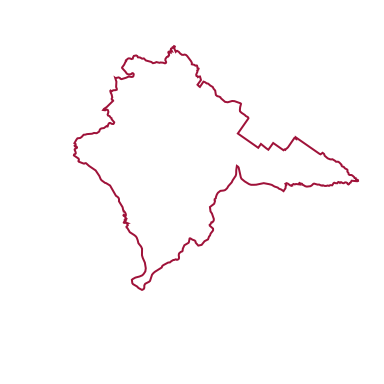 the district of Batang Hari, Jambi, Indonesia, rotated 305°
{"feature_id": "22746128B80000441774097", "entity_name": "Batang Hari", "entity_type": "district", "adm_level": 2, "iso_a3": "IDN", "parent_name": "Indonesia", "parent_adm1": "Jambi", "projection": "robinson", "projection_center": [103.186, -1.853], "detail": "fine", "context": "isolated", "style": "outline", "palette": "rose", "viewbox_px": 384, "rotation_deg": 305, "n_neighbors": 0, "source": "geoboundaries", "source_scale": "gbopen_adm2", "svg_char_len": 5972}
<svg xmlns="http://www.w3.org/2000/svg" viewBox="0 0 384 384"><g transform="rotate(305 192 192)"><path d="M299.0,276.5L296.6,275.7L296.4,274.7L296.3,245.9L295.2,246.8L295.1,244.9L283.8,245.0L282.1,244.7L281.2,244.3L280.0,244.3L279.9,243.3L278.7,243.0L278.7,230.4L270.4,230.3L270.4,227.7L270.9,220.9L266.2,220.9L266.2,196.0L284.6,196.0L285.2,195.4L285.4,194.6L285.1,192.6L285.4,191.0L285.3,187.1L285.6,185.1L286.6,184.2L289.1,182.8L292.3,181.6L292.5,180.9L290.8,174.7L289.6,172.7L286.0,169.8L284.8,167.4L285.3,162.5L285.6,161.3L285.9,160.9L285.7,159.5L285.0,157.7L285.2,155.9L288.4,152.8L289.0,150.4L289.9,148.8L289.7,145.9L290.0,143.3L289.9,142.6L289.4,141.8L289.4,139.5L289.0,138.1L282.6,138.2L282.6,137.3L283.0,135.0L288.9,135.1L291.2,132.3L290.1,131.1L289.5,130.9L289.9,130.0L289.6,129.3L289.7,128.9L290.6,128.1L293.8,127.4L294.6,126.5L295.7,127.0L296.9,126.6L296.7,125.3L297.5,124.7L298.4,123.6L298.3,123.2L297.4,122.3L297.5,121.0L296.5,118.6L297.8,117.7L298.6,116.2L300.6,110.1L300.8,108.6L300.4,107.2L299.4,106.3L298.6,105.0L298.7,102.6L299.2,101.0L299.1,98.9L298.7,98.4L297.5,98.3L299.0,95.8L299.9,94.9L301.3,94.5L301.2,93.6L299.8,93.5L299.3,93.7L299.2,93.1L298.6,93.2L297.4,92.6L296.1,93.1L296.3,93.9L295.8,94.8L295.5,93.7L294.8,93.8L294.5,94.1L293.9,92.8L293.6,92.7L293.5,93.1L293.3,92.4L293.1,92.4L292.5,92.7L292.2,93.6L291.3,94.5L290.4,94.5L290.4,94.8L289.2,94.8L288.1,93.9L285.9,93.9L284.7,94.5L283.6,96.3L283.0,96.6L281.9,96.1L281.3,94.1L280.1,92.0L279.2,91.3L278.0,88.3L276.7,87.6L275.1,86.1L275.2,84.1L273.3,78.8L273.8,75.9L272.6,74.7L272.4,72.3L271.3,70.4L272.0,69.2L271.8,67.9L270.1,66.3L268.3,66.5L267.3,67.0L266.2,66.2L265.8,64.5L265.0,63.3L263.9,62.8L263.0,62.8L262.0,62.3L261.8,62.3L261.3,63.0L260.0,62.9L257.5,63.4L253.9,63.3L253.4,63.8L252.4,68.4L251.6,70.6L251.6,71.5L251.8,72.2L252.6,73.5L253.8,74.6L255.1,74.9L255.4,75.6L255.1,76.7L253.4,77.5L252.4,77.4L251.5,76.4L250.3,74.0L247.7,72.4L244.1,69.6L243.7,68.5L244.0,67.7L243.8,66.2L241.4,64.0L241.4,63.7L239.0,66.8L234.5,69.6L233.4,71.2L232.7,71.7L231.7,71.1L230.1,69.1L228.5,68.5L228.4,67.1L227.9,67.1L226.7,68.5L225.8,70.2L223.8,72.4L222.4,72.7L222.0,73.0L221.7,73.4L221.8,74.6L221.5,75.1L212.6,73.4L209.5,72.2L208.2,72.2L209.1,74.0L210.6,74.9L210.8,75.5L210.8,76.2L209.6,77.6L207.0,78.5L206.5,79.3L206.9,81.0L206.3,82.5L206.3,83.8L205.5,84.5L204.5,88.3L203.6,88.6L202.7,88.6L201.9,87.5L201.6,85.3L201.1,84.7L199.5,84.6L197.3,85.3L197.0,85.0L197.0,84.2L193.9,83.2L192.0,81.2L190.4,80.7L188.3,81.3L185.9,80.4L185.3,79.9L184.2,77.9L182.4,76.7L179.2,72.8L177.8,71.7L176.7,70.4L173.6,70.0L172.1,69.4L170.3,67.4L168.6,67.3L164.5,67.7L164.5,69.2L163.6,69.8L162.5,69.4L162.2,70.1L162.9,71.4L162.7,72.1L162.3,72.4L159.9,71.4L159.3,71.6L157.9,73.8L157.0,74.6L156.4,74.6L155.1,73.9L154.2,74.3L154.3,79.9L153.4,81.0L152.2,81.2L151.9,81.9L153.1,86.8L153.5,87.5L154.4,88.0L154.8,88.8L154.3,92.6L154.4,100.7L152.0,106.9L150.2,109.7L149.7,111.2L149.6,115.5L150.0,116.6L150.3,121.2L145.3,131.8L145.3,134.0L145.0,135.3L144.3,136.3L142.5,137.5L139.7,143.9L137.7,146.0L137.6,146.8L136.8,147.2L137.0,148.7L135.9,150.5L135.0,151.2L134.8,151.2L134.6,150.3L134.0,150.1L134.1,149.2L133.6,149.2L133.3,149.8L133.6,151.6L132.6,152.8L132.5,153.7L132.2,153.7L131.9,153.0L131.3,153.8L130.6,153.1L130.0,154.0L129.4,153.4L127.8,153.7L127.8,154.2L129.2,155.9L129.5,157.2L128.8,156.6L128.5,157.9L127.9,158.5L126.0,158.2L125.4,158.8L125.4,159.7L123.4,164.1L123.6,169.7L123.4,171.6L122.9,172.9L121.4,175.1L119.3,177.5L118.1,181.6L116.9,183.6L111.5,187.3L109.8,189.4L107.1,193.9L103.0,197.9L100.2,199.3L97.3,199.4L95.3,199.1L92.7,197.5L89.4,194.7L86.7,193.4L85.6,193.1L83.1,195.4L82.7,196.6L83.1,201.6L82.8,202.1L82.7,203.6L83.1,207.2L84.8,208.1L86.1,207.9L88.2,206.5L90.0,206.3L93.8,208.3L95.1,208.6L101.4,206.7L103.5,206.9L105.4,207.4L112.8,210.5L114.1,210.1L115.5,210.4L120.5,212.9L121.7,214.3L123.4,214.7L125.6,215.7L126.0,216.3L127.6,217.4L127.8,218.6L129.0,219.4L129.9,219.5L131.1,218.8L132.6,217.4L133.8,216.8L134.7,216.7L136.5,217.2L137.9,218.1L138.7,217.9L140.3,217.0L144.0,216.3L148.4,218.3L149.5,218.1L152.5,216.7L152.9,216.9L153.1,217.5L153.2,219.7L153.8,221.9L153.6,223.1L152.6,224.1L151.7,227.9L154.2,230.2L158.9,230.5L162.4,232.3L165.3,231.5L166.7,231.7L168.6,231.1L172.2,231.3L173.0,231.1L174.1,230.2L174.6,225.9L175.2,225.3L176.3,225.6L178.4,225.3L178.8,226.1L181.0,226.2L182.4,225.4L185.8,220.7L186.7,218.3L190.0,215.3L195.1,216.9L197.9,216.0L198.2,215.2L199.1,214.7L200.5,215.1L201.6,214.5L204.2,213.8L206.3,213.7L209.2,214.6L211.5,217.2L212.6,218.0L213.7,218.3L215.2,218.6L217.7,218.4L222.7,219.0L224.9,218.6L230.3,218.5L232.0,217.9L235.3,215.7L239.1,213.8L239.1,215.4L238.7,216.3L231.9,223.7L231.2,225.1L230.9,229.1L231.2,234.3L231.8,236.3L234.6,240.2L240.4,245.7L242.7,250.8L243.6,253.3L243.8,256.4L244.8,259.7L244.6,261.3L245.2,263.7L245.2,266.5L248.8,266.4L250.7,265.3L251.5,265.4L252.3,263.8L253.5,264.4L253.8,265.6L253.8,268.8L254.1,270.0L254.7,270.4L255.1,269.9L256.8,270.6L257.2,271.9L258.2,272.6L260.0,276.0L260.7,274.8L261.1,274.9L261.1,275.7L261.8,277.4L261.3,278.3L261.5,278.5L261.7,281.5L262.3,283.0L264.7,285.7L266.1,286.3L268.2,286.7L268.9,287.2L270.1,290.7L271.0,291.8L271.4,294.1L271.7,294.3L271.9,295.1L272.6,295.4L273.0,297.0L273.8,298.3L275.2,299.5L275.6,300.7L276.9,301.3L277.9,303.0L280.4,302.9L281.2,303.2L281.6,304.6L282.5,306.0L284.1,306.1L284.4,306.9L284.3,308.0L285.2,308.1L285.7,308.8L285.6,309.8L285.9,310.7L286.3,311.3L287.7,311.9L288.2,312.7L288.4,313.8L287.8,315.1L287.9,315.8L288.5,316.1L289.9,316.0L290.6,316.5L292.8,316.3L295.6,321.2L296.3,321.7L296.9,321.2L296.9,320.5L296.3,319.2L297.2,318.3L296.7,317.2L297.2,316.4L297.5,313.8L297.3,312.8L296.3,311.2L296.3,310.6L296.4,310.1L297.3,309.3L297.8,307.6L298.9,307.0L299.4,306.4L299.1,303.6L299.6,301.9L299.1,300.3L299.4,299.3L300.1,298.8L300.7,295.6L300.6,294.3L299.4,292.6L299.6,291.3L299.4,288.3L298.4,287.2L297.9,286.1L297.4,283.8L297.8,279.9L298.9,278.4L299.0,276.5Z" fill="none" stroke="#9f1239" stroke-width="2"/></g></svg>